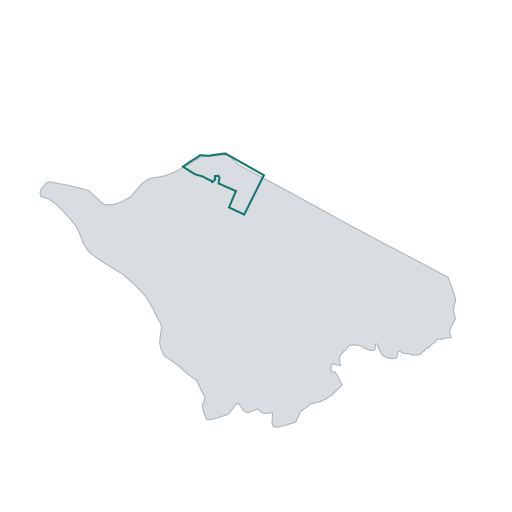 Abu Kamal, Dayr Az Zawr, Syria (highlighted), rotated 239°
{"feature_id": "27442178B22276011833046", "entity_name": "Abu Kamal", "entity_type": "district", "adm_level": 2, "iso_a3": "SYR", "parent_name": "Syria", "parent_adm1": "Dayr Az Zawr", "projection": "albers", "projection_center": [40.768, 34.588], "detail": "fine", "context": "in_parent", "style": "outline", "palette": "teal", "viewbox_px": 512, "rotation_deg": 239, "n_neighbors": 0, "source": "geoboundaries", "source_scale": "gbopen_adm2", "svg_char_len": 3747}
<svg xmlns="http://www.w3.org/2000/svg" viewBox="0 0 512 512"><g transform="rotate(239 256 256)"><path d="M100.6,183.1L104.4,183.6L112.2,188.9L113.6,188.8L116.3,182.5L118.8,180.4L123.9,178.7L125.7,168.3L128.1,166.4L131.0,165.4L135.3,165.4L139.0,164.9L139.4,163.1L134.6,150.8L135.2,147.8L138.2,135.7L140.0,131.0L141.6,129.5L147.5,130.4L155.6,132.8L157.7,136.4L161.6,139.7L167.7,139.7L174.7,140.5L180.2,140.9L184.6,138.9L194.6,135.1L199.5,133.9L204.0,132.2L218.4,125.9L224.1,126.5L228.0,127.5L231.0,128.6L237.6,133.4L243.0,138.1L246.9,139.5L253.9,139.6L264.0,140.6L276.4,140.8L283.7,139.6L293.0,137.4L309.6,132.1L331.3,120.8L344.1,115.3L349.5,114.6L356.7,114.6L363.8,116.0L371.9,117.0L375.7,116.9L384.4,115.7L395.8,113.3L402.9,111.3L411.5,108.1L416.8,102.9L418.5,102.3L420.8,103.2L421.8,103.6L424.1,106.5L426.5,114.0L426.5,114.8L426.1,117.0L420.5,123.3L413.0,131.8L407.6,137.2L398.4,146.3L391.4,148.3L379.7,151.6L376.6,154.7L373.7,159.8L372.0,166.7L371.6,171.1L371.3,179.2L374.1,187.5L376.8,195.6L377.2,200.9L376.9,206.2L374.4,211.8L371.6,219.5L370.0,228.2L369.2,244.5L369.3,258.4L369.1,260.6L364.2,270.4L358.4,281.9L355.8,284.5L343.1,288.0L329.3,296.3L313.7,305.6L299.6,314.0L284.7,322.8L269.2,331.8L258.1,338.3L243.1,346.9L229.5,355.0L215.6,363.3L205.1,369.5L189.0,379.4L179.5,385.1L165.6,393.6L153.2,401.0L138.6,409.7L120.8,406.2L115.3,404.3L110.8,399.7L107.5,397.2L99.2,394.4L94.2,385.9L91.1,382.8L85.5,381.2L88.2,376.0L88.8,372.6L91.4,368.4L90.0,365.5L89.6,359.6L88.6,358.1L88.3,356.5L89.2,354.6L89.0,352.6L88.1,351.7L87.8,348.8L87.1,346.5L87.6,343.9L88.9,342.2L90.4,338.9L91.9,338.0L94.4,336.0L95.1,333.8L97.3,331.8L100.3,330.2L101.0,328.8L100.6,328.0L97.8,326.3L96.4,323.5L98.0,319.5L99.0,318.3L100.7,316.4L104.7,313.6L107.7,313.2L110.3,313.3L114.6,313.8L118.0,314.5L118.8,313.7L118.8,312.8L114.7,310.1L114.6,308.2L115.7,306.1L118.8,303.0L122.4,300.7L124.2,300.4L128.4,295.7L131.2,290.4L127.6,277.1L125.2,274.8L121.2,272.9L118.8,272.5L118.7,271.6L122.0,268.4L124.4,265.6L122.0,262.7L117.6,261.2L115.8,264.0L110.0,264.0L101.0,263.6L97.8,249.5L97.5,243.4L97.9,236.5L101.1,226.4L100.1,221.6L100.1,218.4L99.6,214.0L93.1,204.3L97.7,187.1L100.6,183.1Z" fill="#d9dde1" stroke="#a8b0b8" stroke-width="1"/><path d="M321.1,304.4L359.0,282.9L359.2,282.7L359.8,282.5L360.0,281.2L360.2,280.9L360.5,280.8L360.6,280.7L360.8,280.4L361.5,278.7L361.7,278.2L364.7,270.9L365.2,269.8L365.4,269.3L365.4,269.2L366.2,267.2L367.6,265.2L368.3,264.1L371.1,260.1L371.2,259.9L371.3,259.6L371.1,258.4L371.0,257.0L370.9,256.1L370.8,254.9L370.8,252.5L370.8,250.9L370.8,250.1L370.8,249.4L370.8,249.2L370.6,246.2L370.4,242.7L370.3,241.3L370.3,241.1L370.3,240.7L370.3,240.3L370.2,239.4L368.7,240.2L366.8,241.1L365.9,241.6L365.7,241.7L365.6,241.8L365.0,242.1L363.6,242.7L359.0,245.0L357.5,245.8L357.3,246.0L356.4,246.8L353.8,249.2L351.9,251.1L345.9,254.7L345.3,255.1L345.1,255.3L344.4,255.8L344.0,256.2L343.9,256.2L343.8,256.3L343.7,256.3L343.3,256.4L342.7,256.5L342.5,256.4L342.3,256.4L342.0,256.3L341.9,256.4L342.1,258.5L342.2,259.1L342.4,259.9L342.5,260.0L342.7,260.4L342.7,260.5L343.0,260.5L343.3,260.6L343.8,260.6L344.0,260.7L344.2,260.9L344.3,261.1L344.6,261.5L344.9,262.0L345.3,261.9L345.6,261.9L345.7,262.0L345.5,262.3L345.4,262.5L344.9,263.5L344.5,264.2L344.2,265.0L343.7,265.1L343.3,265.0L342.9,265.0L342.4,265.0L341.9,265.0L341.2,264.4L340.0,263.4L339.4,262.8L337.7,261.5L337.5,261.3L337.3,261.4L336.6,261.9L334.6,263.4L329.9,266.6L328.6,267.6L328.4,267.8L326.0,269.4L324.9,270.2L322.5,271.8L322.0,272.3L321.8,272.0L319.7,269.1L319.0,268.1L317.5,266.0L316.2,264.2L314.4,261.8L312.2,258.8L311.7,258.1L311.6,257.9L311.1,258.2L311.0,258.3L306.6,261.2L301.7,264.5L297.6,267.2L309.0,285.2L318.8,300.5L321.1,304.4Z" fill="none" stroke="#0f766e" stroke-width="2"/></g></svg>